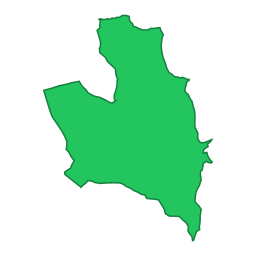 Pelendri, Limassol, Cyprus
{"feature_id": "46923920B35219833977838", "entity_name": "Pelendri", "entity_type": "district", "adm_level": 2, "iso_a3": "CYP", "parent_name": "Cyprus", "parent_adm1": "Limassol", "projection": "orthographic", "projection_center": [32.957, 34.891], "detail": "fine", "context": "isolated", "style": "filled", "palette": "green", "viewbox_px": 256, "rotation_deg": 0, "n_neighbors": 0, "source": "geoboundaries", "source_scale": "gbopen_adm2", "svg_char_len": 2379}
<svg xmlns="http://www.w3.org/2000/svg" viewBox="0 0 256 256"><path d="M79.2,81.3L73.1,82.5L66.5,84.2L59.2,85.8L51.0,88.4L43.8,90.4L48.1,104.8L50.8,113.3L52.6,117.3L62.1,131.4L64.8,136.5L66.9,141.5L66.8,145.3L66.2,149.3L68.9,152.3L71.1,156.7L74.2,160.7L71.7,165.1L70.5,168.3L67.4,170.1L64.7,172.1L64.8,173.5L65.0,174.6L79.4,185.9L80.8,187.1L80.9,187.3L82.8,185.4L85.5,183.4L87.9,180.7L91.8,181.1L94.9,182.5L99.7,183.4L103.1,183.2L107.4,182.9L113.5,182.8L119.6,182.9L123.2,184.2L126.2,186.4L130.1,188.0L133.4,190.3L137.8,192.2L141.2,194.3L144.8,195.0L146.9,198.5L154.7,199.2L158.6,199.9L161.8,205.2L164.3,209.1L165.4,213.7L169.4,216.1L175.2,216.2L179.3,216.5L182.1,219.3L186.0,222.7L188.3,226.2L188.0,231.1L189.9,234.1L191.8,236.3L192.5,239.9L192.6,240.6L193.4,240.6L193.9,239.5L194.9,236.1L195.8,233.5L196.6,231.4L199.7,229.6L199.3,226.9L199.7,224.7L200.1,220.7L200.2,215.4L200.8,211.7L201.2,209.5L198.9,205.9L197.5,204.5L194.9,201.5L195.2,197.9L195.8,192.9L197.2,189.3L198.9,186.4L199.7,184.8L200.1,182.6L201.2,180.1L200.4,174.7L200.5,171.3L202.1,170.2L202.7,167.5L203.4,163.2L206.6,161.3L208.5,162.6L211.3,162.9L212.2,162.0L211.9,161.8L209.7,159.3L207.9,156.3L206.8,152.4L203.2,153.2L203.7,149.6L205.5,148.2L208.1,146.6L207.4,143.9L209.3,142.8L211.2,140.8L211.8,139.6L207.3,141.4L204.3,142.7L200.2,142.6L197.7,138.6L197.8,132.9L195.0,127.4L194.8,122.8L195.0,118.9L194.9,114.0L194.3,109.7L193.1,106.2L192.1,101.6L189.6,97.8L188.5,94.9L185.0,91.6L185.0,88.6L186.3,84.6L186.5,82.1L189.1,80.4L189.0,79.3L187.6,79.5L184.8,78.2L182.2,77.3L181.1,78.1L178.6,77.3L174.6,76.6L171.8,74.2L169.0,72.5L166.9,68.6L165.5,63.7L163.1,57.4L162.5,55.1L161.8,51.7L161.1,45.7L162.1,38.0L163.3,34.6L161.2,31.1L159.8,27.5L153.3,28.5L150.7,28.3L148.0,29.9L142.8,30.0L138.0,28.2L135.9,27.0L133.9,26.7L132.2,23.3L129.7,20.9L129.1,16.3L125.4,15.4L122.4,15.5L120.9,16.4L119.5,17.3L116.6,17.4L114.5,18.4L112.0,18.1L109.5,19.5L107.9,18.6L106.3,19.1L104.0,19.7L100.6,18.8L99.0,19.3L99.5,19.9L100.6,19.9L100.2,22.2L99.7,25.2L100.0,27.6L97.1,30.4L100.4,41.3L100.5,45.7L99.3,48.6L100.0,52.9L105.5,57.5L107.5,61.5L112.0,65.8L115.3,68.8L115.9,74.0L116.5,76.7L117.6,78.6L117.1,81.2L117.1,84.4L116.3,88.8L115.3,91.9L114.3,94.9L114.2,96.7L114.3,99.2L115.9,100.5L112.0,103.3L107.9,101.5L104.2,99.4L99.9,97.4L93.8,96.0L87.9,92.7L86.4,90.3L82.1,86.1L79.2,81.3Z" fill="#22c55e" stroke="#15803d" stroke-width="1.5"/></svg>